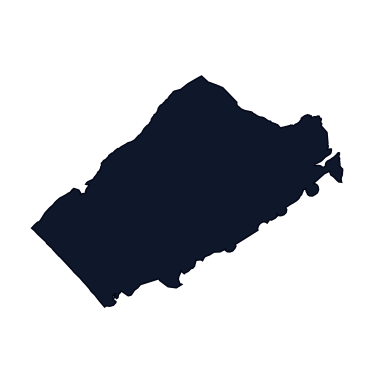 the district of Ada West, Greater Accra, Ghana, rotated 50°
{"feature_id": "2480657B39710750100206", "entity_name": "Ada West", "entity_type": "district", "adm_level": 2, "iso_a3": "GHA", "parent_name": "Ghana", "parent_adm1": "Greater Accra", "projection": "equal_earth", "projection_center": [0.418, 5.893], "detail": "fine", "context": "isolated", "style": "filled", "palette": "ink", "viewbox_px": 384, "rotation_deg": 50, "n_neighbors": 0, "source": "geoboundaries", "source_scale": "gbopen_adm2", "svg_char_len": 5915}
<svg xmlns="http://www.w3.org/2000/svg" viewBox="0 0 384 384"><g transform="rotate(50 192 192)"><path d="M280.7,71.1L278.8,70.2L278.2,69.6L277.7,69.4L276.5,67.8L276.0,66.7L275.0,65.4L273.8,64.4L273.5,64.0L271.9,62.4L271.2,61.9L268.5,62.2L267.8,61.9L267.0,62.1L266.1,61.1L264.7,60.1L264.3,60.0L264.0,59.7L263.6,59.3L262.6,58.9L262.2,58.3L261.8,57.9L261.0,57.2L260.2,57.1L259.6,57.1L258.9,56.4L258.1,55.2L257.5,54.5L256.9,54.0L256.5,54.1L256.2,54.4L255.9,55.0L256.0,55.9L256.3,57.2L256.5,59.5L256.5,61.2L256.2,63.3L256.2,65.2L255.4,68.2L255.5,69.4L255.6,70.2L256.2,71.3L256.9,72.1L257.6,72.8L258.0,73.4L257.7,75.5L257.2,75.9L255.5,76.5L254.8,76.6L253.8,77.3L252.6,78.5L251.6,80.1L250.4,81.1L249.8,79.8L250.9,75.1L251.2,74.3L251.3,73.2L251.3,71.6L250.9,67.5L251.6,61.8L251.4,60.8L251.0,60.0L249.4,58.2L248.8,57.7L248.3,57.9L247.9,58.5L247.4,59.6L246.7,60.6L246.4,60.7L246.1,60.4L245.7,59.6L244.1,57.9L242.9,57.8L242.6,57.5L242.4,56.9L242.2,56.7L233.1,50.3L224.2,50.5L223.9,50.3L223.7,50.0L223.6,49.4L223.5,49.1L222.9,48.7L222.6,48.6L221.5,48.8L221.0,48.6L220.3,47.4L219.5,46.2L219.2,46.0L218.6,45.9L218.4,46.1L217.6,46.5L217.3,46.5L215.7,45.9L214.7,46.8L214.4,47.5L214.5,48.1L214.3,48.5L213.0,49.9L211.7,52.8L211.4,53.0L211.2,52.9L210.7,52.1L210.3,51.8L209.2,53.0L208.6,52.7L207.9,53.5L207.3,53.6L207.2,53.7L207.2,54.5L206.7,54.8L206.1,56.7L206.0,57.1L206.0,58.6L205.9,58.8L205.7,59.5L205.9,60.0L205.8,60.6L205.9,60.8L206.2,60.5L206.4,60.5L206.6,60.9L206.9,61.0L206.9,61.3L206.7,61.8L206.8,62.1L207.0,62.6L207.0,63.2L207.6,65.3L207.3,65.8L207.2,66.1L207.3,66.4L207.6,66.9L207.5,67.4L207.2,67.7L206.8,68.8L206.6,69.2L206.7,70.1L206.6,71.1L206.7,71.4L206.5,71.7L205.5,72.1L205.2,72.5L204.3,73.3L204.0,74.5L202.5,77.7L202.1,78.6L201.9,78.7L201.7,79.4L201.1,80.6L200.8,80.8L199.9,83.1L195.3,83.3L194.4,84.0L193.3,84.4L191.0,85.8L190.1,86.5L188.2,86.4L186.8,87.8L184.0,88.6L182.9,88.8L181.6,89.2L180.0,90.1L178.5,91.5L176.9,92.6L174.8,93.4L173.4,93.7L171.8,94.4L170.8,94.7L169.7,94.7L168.5,95.3L165.5,97.7L163.8,99.1L160.1,101.0L159.7,101.1L157.4,101.3L156.5,101.7L155.3,101.8L153.5,101.4L152.1,100.0L131.9,101.4L126.5,104.2L119.8,108.0L118.3,109.0L109.3,110.2L108.1,115.8L108.1,116.2L106.5,125.4L106.2,134.8L103.4,140.8L103.3,141.6L103.3,142.2L103.7,143.5L103.9,145.2L104.1,147.3L104.7,149.6L105.1,150.0L105.3,150.5L105.2,151.1L104.9,152.0L104.9,152.8L105.0,153.7L105.4,154.8L105.5,155.6L105.4,156.2L105.5,156.5L105.5,157.1L105.8,158.0L105.8,158.3L105.3,160.5L105.9,163.2L106.4,164.4L107.3,165.2L107.6,166.1L108.5,167.7L108.5,168.5L108.9,169.5L108.5,171.2L108.7,171.7L108.9,171.9L109.2,172.5L109.5,174.6L109.7,175.0L110.0,175.3L110.1,176.2L110.9,177.2L111.5,177.6L111.7,178.6L111.7,179.3L112.5,181.4L112.3,184.4L112.7,187.9L113.9,191.2L114.3,191.8L114.4,192.3L114.4,193.0L114.5,193.5L114.6,194.2L114.7,195.0L114.6,195.8L114.4,196.4L115.3,202.4L114.6,206.3L113.3,209.2L113.1,209.8L112.8,212.8L112.5,213.5L112.5,214.2L112.2,215.5L112.2,216.1L112.1,216.4L111.9,216.7L111.8,220.5L111.1,220.8L111.0,221.3L110.9,224.7L111.3,227.6L111.2,227.9L110.8,228.2L110.6,231.0L110.7,231.4L110.6,232.1L110.8,232.5L111.4,233.3L111.2,233.7L111.3,234.0L111.5,234.2L111.5,234.5L111.4,235.0L111.4,235.6L111.7,237.1L111.2,239.0L111.2,239.5L111.3,240.3L111.6,240.6L111.6,241.5L111.8,243.0L112.2,243.3L113.2,243.8L113.7,244.6L113.9,244.8L114.1,245.5L114.3,245.9L114.8,246.3L115.0,246.3L115.4,246.6L115.5,246.9L115.5,248.0L116.2,248.5L116.3,250.2L116.3,251.5L116.6,252.1L117.1,252.8L117.8,255.9L117.8,256.7L118.3,257.5L118.2,258.0L118.3,258.2L118.3,258.7L118.8,259.3L118.8,259.6L117.7,263.5L117.2,265.5L117.2,266.5L117.7,268.4L119.9,266.8L120.0,266.7L120.2,266.3L121.1,267.4L121.4,269.5L121.7,270.6L121.9,270.7L122.3,271.9L122.6,271.9L123.1,273.2L123.3,273.3L123.9,273.4L124.2,273.6L124.2,274.9L123.9,275.4L123.5,276.0L122.4,278.2L121.9,279.0L121.1,278.0L117.8,277.5L113.4,280.2L113.3,281.4L113.3,281.9L113.4,282.6L114.0,285.5L113.4,287.7L113.2,289.7L112.8,292.2L111.7,297.2L111.7,298.3L111.8,301.5L112.0,304.0L112.6,306.6L112.7,311.4L113.6,318.1L116.3,326.3L116.5,327.7L116.5,328.2L116.3,329.0L115.9,329.6L116.0,333.1L116.6,338.1L120.1,337.5L124.9,337.3L136.2,335.9L138.0,336.3L143.0,335.7L144.7,335.3L146.8,335.5L155.6,335.1L157.3,334.7L174.8,333.8L177.2,333.9L186.1,333.0L191.1,333.0L193.5,332.8L200.2,332.7L203.1,333.1L208.7,332.6L215.8,332.9L223.9,332.9L224.1,330.9L226.8,328.2L228.2,324.9L227.8,321.6L227.2,320.8L224.5,321.3L224.1,321.8L222.9,320.8L221.6,320.1L221.0,319.9L220.1,317.5L220.4,316.2L220.8,315.9L221.3,316.7L221.3,317.7L223.2,319.2L223.3,318.3L225.2,318.2L225.2,316.5L223.9,315.1L223.1,313.9L223.0,311.9L222.4,309.8L230.1,307.7L230.7,307.3L231.8,304.8L230.2,299.2L230.5,295.2L229.8,291.6L230.0,290.4L237.2,273.0L239.0,273.6L249.2,271.2L255.3,265.6L256.3,259.1L255.9,259.2L255.6,259.8L255.2,259.8L254.6,260.3L254.1,260.2L252.1,259.4L250.5,258.9L249.2,257.7L247.9,255.9L247.0,253.8L246.0,251.8L245.3,251.1L249.6,250.5L249.6,249.0L250.2,246.5L250.3,245.0L249.9,242.3L250.8,240.4L250.5,238.0L247.8,234.1L246.8,233.0L249.0,229.6L249.8,228.7L251.4,228.1L250.2,225.2L249.9,223.3L251.5,218.7L252.1,213.9L255.9,208.9L257.1,203.3L257.9,203.9L260.4,203.4L262.2,201.6L263.3,198.6L262.7,195.3L261.7,193.2L259.8,192.4L260.3,190.2L263.6,166.1L261.9,165.1L260.4,162.5L259.9,159.7L260.5,156.8L262.1,155.0L264.1,154.4L263.0,150.2L264.6,149.2L265.5,145.1L265.2,141.9L263.4,140.8L266.0,140.5L267.4,139.0L268.5,136.1L268.2,133.1L266.4,130.8L264.0,130.3L264.8,123.7L265.2,122.0L265.8,117.7L265.7,114.8L265.4,113.5L264.8,112.5L264.5,111.2L264.5,109.8L264.1,109.3L261.7,104.7L263.2,102.7L263.8,103.5L265.2,104.1L268.4,105.0L270.6,104.3L272.5,102.3L273.1,99.2L273.2,96.4L271.6,93.6L269.0,92.0L267.0,91.7L265.3,92.2L263.8,93.5L263.3,92.9L263.7,92.2L263.3,91.1L263.4,88.5L263.2,85.3L263.1,78.6L264.1,74.8L264.2,73.2L268.3,74.7L269.6,74.2L272.0,73.7L276.8,73.4L278.8,73.0L279.6,72.0L280.7,71.1Z" fill="#0f172a" stroke="#020617" stroke-width="1.5"/></g></svg>